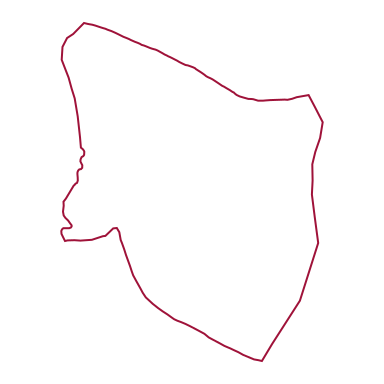 outline of Atsaphangthong, Savannakhét, Laos
{"feature_id": "54806243B41596268770013", "entity_name": "Atsaphangthong", "entity_type": "district", "adm_level": 2, "iso_a3": "LAO", "parent_name": "Laos", "parent_adm1": "Savannakhét", "projection": "equal_earth", "projection_center": [105.275, 16.699], "detail": "fine", "context": "isolated", "style": "outline", "palette": "rose", "viewbox_px": 384, "rotation_deg": 0, "n_neighbors": 0, "source": "geoboundaries", "source_scale": "gbopen_adm2", "svg_char_len": 2336}
<svg xmlns="http://www.w3.org/2000/svg" viewBox="0 0 384 384"><path d="M308.6,95.1L296.7,97.2L292.1,98.8L287.5,99.8L284.6,99.6L282.0,99.7L275.9,99.9L270.2,100.1L266.1,100.4L262.6,100.7L258.2,100.7L253.2,99.2L251.4,99.0L248.3,98.9L243.3,97.5L239.6,96.4L236.5,94.9L234.8,93.5L233.7,92.4L232.6,92.0L229.8,90.1L226.5,88.2L223.9,86.6L222.3,85.9L220.4,84.6L218.5,83.3L215.5,81.3L212.6,79.4L210.3,78.2L208.0,77.2L206.2,76.2L204.5,74.8L202.7,73.5L200.8,72.2L195.9,69.1L195.0,68.2L193.1,67.3L190.4,66.3L187.8,65.4L185.5,65.0L182.1,63.4L179.3,62.0L177.0,60.6L175.8,60.0L174.6,59.4L172.1,58.1L170.1,57.1L168.2,56.3L166.8,55.5L164.6,54.5L162.3,53.1L160.1,51.9L157.6,50.5L155.5,49.6L153.9,49.2L152.1,48.7L149.8,47.9L146.2,46.4L143.9,45.5L141.7,44.9L139.9,43.8L137.6,42.8L134.9,41.8L130.8,40.0L129.1,39.1L126.5,38.0L123.4,36.8L121.6,35.9L118.2,34.2L115.3,32.8L111.5,31.1L107.5,29.7L105.5,28.8L102.7,28.0L100.8,27.4L99.0,26.8L95.4,25.6L94.0,25.2L92.2,24.7L89.8,24.3L87.7,23.9L85.6,23.4L84.0,23.0L73.2,34.0L67.1,38.0L62.5,46.9L61.7,59.8L66.3,71.7L68.6,77.6L71.6,88.5L74.7,98.4L77.7,116.3L80.0,137.1L80.9,147.6L82.9,149.3L83.9,150.7L84.3,151.7L84.2,153.6L84.1,154.9L83.3,156.1L81.6,157.1L80.6,159.3L80.4,161.4L81.4,163.5L82.3,165.2L82.2,167.8L81.0,169.1L79.3,169.4L78.2,170.5L77.5,172.2L77.4,173.9L77.7,177.4L77.8,180.5L77.2,182.4L76.9,183.0L76.0,183.4L75.4,183.8L74.7,184.8L73.7,185.6L65.9,198.6L63.5,201.7L63.7,205.8L63.0,211.7L63.7,215.5L65.4,217.9L68.1,220.5L70.0,223.2L71.6,225.3L71.6,226.5L70.9,227.5L69.2,228.2L66.6,228.2L63.3,228.2L62.0,229.4L61.3,231.0L61.5,233.9L63.1,237.2L65.0,241.0L67.6,240.4L74.5,240.2L80.5,240.6L91.9,239.8L102.9,236.2L105.4,235.9L110.0,231.5L113.2,228.4L116.8,228.0L119.3,232.2L120.7,240.0L121.9,242.9L124.2,249.3L126.0,255.0L128.0,260.5L130.0,266.0L131.8,271.5L133.2,275.4L136.3,281.1L140.4,288.4L142.8,292.9L145.8,297.4L148.3,299.7L152.7,303.8L158.0,308.0L162.6,311.3L167.4,314.4L171.7,317.5L174.1,319.2L177.3,320.7L181.1,322.1L185.4,323.9L189.9,326.1L198.3,330.5L204.4,333.8L208.7,337.4L212.2,339.3L220.1,343.5L224.4,345.9L227.9,347.4L230.3,348.4L233.6,350.0L238.4,352.2L243.2,354.9L254.0,359.4L258.5,360.2L261.9,361.0L272.1,344.0L299.9,300.7L318.2,243.0L314.8,217.5L311.9,194.5L312.6,180.6L312.3,164.3L315.3,151.9L320.1,138.0L322.7,122.2L315.3,107.8L308.6,95.1Z" fill="none" stroke="#9f1239" stroke-width="2"/></svg>